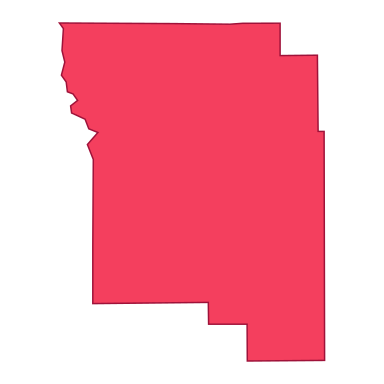 the district of Wheeler, Oregon, United States of America
{"feature_id": "52423323B81574348817756", "entity_name": "Wheeler", "entity_type": "district", "adm_level": 2, "iso_a3": "USA", "parent_name": "United States of America", "parent_adm1": "Oregon", "projection": "albers", "projection_center": [-120.177, 44.687], "detail": "fine", "context": "isolated", "style": "filled", "palette": "rose", "viewbox_px": 384, "rotation_deg": 0, "n_neighbors": 0, "source": "geoboundaries", "source_scale": "gbopen_adm2", "svg_char_len": 483}
<svg xmlns="http://www.w3.org/2000/svg" viewBox="0 0 384 384"><path d="M317.4,55.2L280.1,55.6L280.1,23.2L242.6,23.3L230.0,24.2L173.2,23.6L59.4,23.0L63.4,28.6L62.0,50.6L64.8,62.1L61.4,75.2L66.2,82.0L67.4,91.8L73.0,93.9L77.6,100.4L70.6,105.9L71.6,113.0L85.1,119.2L88.8,128.8L97.9,132.5L87.4,144.5L93.3,159.4L92.8,246.8L92.8,303.6L208.3,302.4L208.6,324.2L247.1,324.2L247.3,361.0L324.6,360.4L324.1,131.4L318.1,131.4L317.4,55.2Z" fill="#f43f5e" stroke="#9f1239" stroke-width="1.5"/></svg>